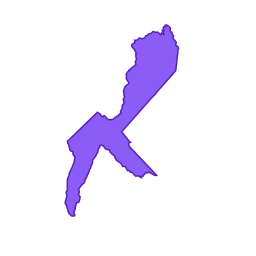 outline of Campos Belos, Goiás, Brazil, rotated 131°
{"feature_id": "56859067B24683817309733", "entity_name": "Campos Belos", "entity_type": "district", "adm_level": 2, "iso_a3": "BRA", "parent_name": "Brazil", "parent_adm1": "Goiás", "projection": "equal_earth", "projection_center": [-46.471, -12.965], "detail": "fine", "context": "isolated", "style": "filled", "palette": "violet", "viewbox_px": 256, "rotation_deg": 131, "n_neighbors": 0, "source": "geoboundaries", "source_scale": "gbopen_adm2", "svg_char_len": 3693}
<svg xmlns="http://www.w3.org/2000/svg" viewBox="0 0 256 256"><g transform="rotate(131 128 128)"><path d="M24.8,165.9L25.2,166.9L26.2,167.3L26.7,166.1L27.5,167.1L28.4,167.3L29.3,167.1L30.0,166.0L30.9,165.3L31.8,166.3L32.5,165.3L31.8,164.5L33.1,163.4L33.8,162.5L34.1,163.9L34.2,165.1L35.2,164.8L36.2,164.4L36.3,165.8L36.0,167.3L36.3,168.8L37.2,169.5L37.9,170.2L38.2,171.5L39.0,172.5L40.4,172.5L41.7,172.6L42.4,173.5L44.0,174.2L45.5,174.3L47.0,175.2L48.0,174.6L49.5,174.7L50.8,175.6L51.8,176.3L52.2,178.0L53.0,178.7L54.3,178.5L55.7,179.0L56.8,179.8L57.5,180.6L58.7,179.0L62.5,179.7L63.6,179.3L64.1,178.2L64.5,174.8L65.2,173.5L65.7,171.6L66.7,170.7L68.3,169.6L69.2,168.5L70.9,166.5L73.2,166.0L74.0,165.0L74.6,163.9L76.3,163.9L77.3,163.8L77.9,164.4L79.3,164.4L80.5,164.8L81.7,165.0L82.6,164.2L83.9,165.3L84.9,164.7L86.0,165.2L88.7,164.6L90.2,162.9L91.8,161.8L92.4,160.4L92.8,158.5L93.4,157.0L94.2,156.6L97.3,157.2L98.3,157.4L100.3,156.8L103.1,155.6L103.7,154.6L104.7,153.8L105.5,152.9L106.3,152.1L106.6,151.0L107.9,150.6L109.3,150.6L110.0,149.6L111.7,147.4L113.4,147.2L114.7,147.3L115.6,146.3L116.5,145.7L117.2,145.3L118.5,145.0L119.4,144.7L120.7,144.4L121.5,143.0L122.9,143.4L124.2,143.6L125.4,143.1L126.5,144.3L128.0,144.4L128.9,144.6L130.7,144.9L131.6,145.1L132.1,145.9L133.1,146.4L134.0,147.9L134.8,148.3L134.6,149.4L134.7,150.9L134.2,152.2L134.1,153.7L134.9,154.4L135.9,154.2L136.5,155.7L136.1,157.0L135.7,158.0L136.0,159.5L136.2,161.4L177.9,165.0L179.1,163.5L179.5,161.8L182.8,157.2L182.8,155.5L182.2,154.8L182.3,153.6L184.0,152.2L184.4,150.6L184.5,149.0L189.4,146.1L194.1,144.5L199.5,142.9L201.1,142.5L202.1,141.4L204.9,140.7L206.9,139.8L210.1,137.0L211.9,135.7L212.8,134.5L213.9,133.9L214.4,132.9L216.7,132.7L217.6,132.1L218.4,130.8L219.1,129.8L220.3,129.2L222.6,127.8L223.4,127.7L224.7,127.0L226.3,125.7L226.9,123.4L230.4,118.2L230.9,117.2L231.3,116.1L231.3,114.4L231.5,113.2L230.6,111.8L229.4,110.7L228.4,111.2L227.8,112.7L227.2,113.6L226.1,113.7L225.2,114.4L223.8,114.7L223.0,115.1L221.8,116.1L220.3,116.7L219.3,117.7L217.5,117.5L216.9,116.7L215.9,116.5L214.8,117.1L213.6,117.5L212.7,118.3L211.3,118.9L210.9,121.3L210.1,122.0L208.6,122.4L207.9,123.1L206.9,124.7L205.7,125.2L201.8,125.6L200.8,125.4L199.9,125.4L198.7,125.0L197.8,125.5L196.5,125.6L195.6,126.1L194.9,126.9L193.8,126.5L192.8,126.9L191.9,127.1L189.9,128.0L188.9,127.9L187.8,128.4L186.2,129.0L185.4,129.3L184.2,130.1L183.3,129.8L181.9,130.3L181.1,131.3L180.0,131.1L178.8,131.4L177.7,131.9L176.7,132.6L175.8,133.4L174.6,133.7L173.8,133.8L172.7,133.8L171.7,133.9L169.6,134.2L168.1,134.6L166.7,134.9L165.3,135.3L164.6,136.1L163.7,136.3L162.5,136.9L161.5,136.7L160.5,137.0L160.0,137.8L159.2,137.3L158.3,136.9L157.7,135.2L157.9,134.0L158.4,132.1L158.4,130.7L157.8,129.2L156.6,127.6L157.3,126.9L158.0,125.3L157.9,124.2L158.2,122.4L157.9,120.6L158.1,119.2L159.1,118.1L159.8,116.1L159.9,114.3L159.6,112.8L159.4,110.9L159.6,109.1L160.5,106.8L159.0,105.1L159.4,103.6L159.9,101.8L160.5,100.4L159.5,99.5L159.6,98.2L159.9,97.3L159.0,96.2L158.8,94.5L159.3,92.7L159.3,90.6L158.5,89.8L157.2,88.7L157.2,87.3L156.8,85.6L156.3,86.6L154.7,85.0L153.9,85.5L152.8,85.4L152.1,85.0L150.4,85.6L149.6,84.4L149.0,83.8L147.8,83.7L147.4,82.3L146.5,78.5L146.4,77.3L145.8,76.0L144.9,75.4L141.0,115.3L140.2,116.2L139.6,117.2L137.9,117.5L137.1,116.9L137.2,118.6L135.0,130.3L110.6,130.1L108.6,130.1L88.1,129.9L85.5,129.6L81.5,129.8L65.4,129.7L60.9,129.6L53.4,129.6L35.8,141.7L34.6,142.1L33.8,144.3L34.3,146.3L33.3,147.1L32.0,147.5L31.5,148.5L31.2,150.2L31.0,151.7L30.0,153.5L28.5,154.2L28.3,155.7L27.7,156.8L26.9,157.7L27.3,159.3L26.6,160.7L25.7,160.8L24.8,161.5L24.6,162.7L24.5,164.3L24.8,165.9Z" fill="#8b5cf6" stroke="#5b21b6" stroke-width="1.5"/></g></svg>